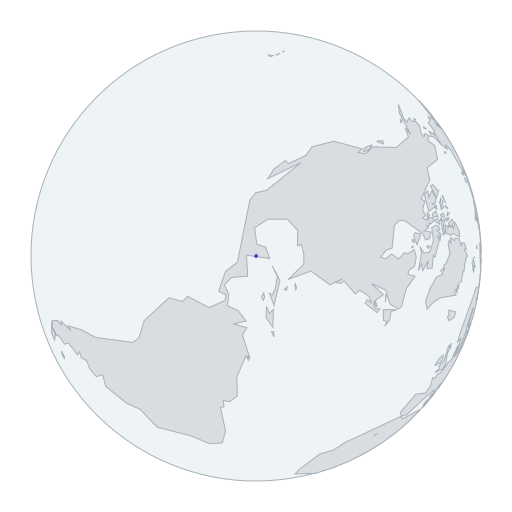 Corozal highlighted on a globe, orthographic projection, rotated 81°
{"feature_id": "BLZ-1325", "entity_name": "Corozal", "entity_type": "District", "adm_level": 1, "iso_a3": "BLZ", "parent_name": "Belize", "parent_adm1": "", "projection": "orthographic", "projection_center": [-88.323, 18.225], "detail": "fine", "context": "on_globe", "style": "filled", "palette": "violet", "viewbox_px": 512, "rotation_deg": 81, "n_neighbors": 0, "source": "natural_earth", "source_scale": "10m", "svg_char_len": 9022}
<svg xmlns="http://www.w3.org/2000/svg" viewBox="0 0 512 512"><g transform="rotate(81 256 256)"><circle cx="256" cy="256" r="225" fill="#eef3f6" stroke="#a8b0b8"/><path d="M295.2,293.7L289.9,291.6L284.9,298.4L266.3,288.4L259.2,275.3L200.0,253.4L193.5,246.3L192.8,235.1L170.7,196.9L181.4,232.2L173.2,225.0L166.3,212.2L169.8,209.4L164.5,191.0L156.9,183.5L154.8,161.0L166.9,134.4L169.7,138.9L172.2,132.6L169.0,126.8L166.2,124.6L170.8,100.3L162.2,86.8L152.7,88.5L160.2,84.1L137.5,92.0L128.5,91.6L142.9,88.7L147.6,85.9L143.6,83.5L147.6,80.3L147.9,77.5L153.0,74.1L161.1,73.5L164.5,71.5L161.5,70.0L164.7,66.2L168.6,68.5L174.6,62.3L189.1,61.6L195.6,73.3L207.8,72.4L225.6,83.9L228.2,80.8L236.5,84.2L242.6,82.2L244.2,85.6L247.7,81.2L245.1,78.6L245.8,75.9L249.2,74.7L251.7,78.5L250.4,79.7L252.9,80.2L252.8,82.8L254.8,80.8L257.5,86.0L259.8,79.3L266.1,82.1L266.6,86.1L260.0,87.7L244.7,103.1L243.1,108.8L247.5,114.6L269.6,120.4L270.5,126.4L276.6,132.9L279.1,128.3L275.2,121.7L281.4,115.5L275.9,108.9L277.6,105.7L274.6,98.7L282.1,97.9L291.0,101.0L293.9,107.0L297.9,108.8L300.9,102.0L311.8,112.8L328.5,120.0L330.6,123.5L324.3,131.2L309.8,133.3L301.6,146.0L314.1,136.2L319.0,146.0L322.8,147.3L326.7,146.2L327.7,142.0L330.8,145.3L319.7,155.6L316.6,152.7L320.2,149.2L313.4,150.7L306.0,158.8L309.0,163.8L294.5,172.9L296.5,176.8L294.5,181.4L292.2,174.4L296.0,187.5L279.4,204.1L284.2,228.0L271.7,210.1L262.5,208.5L251.7,209.4L252.3,213.3L237.2,210.8L224.5,219.4L221.5,238.5L227.9,253.0L244.5,253.3L248.8,245.1L260.6,242.9L253.7,265.2L274.6,267.4L273.4,283.7L279.7,291.7L289.8,288.9L300.4,292.1L307.3,282.1L318.7,275.9L319.7,288.9L325.4,276.3L332.2,281.8L354.6,278.2L353.0,281.4L372.0,293.7L391.2,296.4L395.7,304.7L393.5,311.0L399.9,311.1L400.0,314.8L424.1,313.5L435.3,318.5L434.2,331.2L423.2,348.8L409.8,380.2L389.2,394.5L381.5,406.4L361.3,424.8L349.2,426.1L350.2,432.5L341.5,437.9L332.9,439.5L329.4,444.4L322.9,445.4L325.8,447.8L312.6,454.8L313.1,458.8L302.9,463.8L303.5,465.8L300.5,466.1L296.8,467.2L295.6,468.4L287.9,467.2L288.7,462.1L293.7,459.0L289.9,458.8L300.8,450.4L295.7,452.4L301.7,439.5L311.2,427.6L322.1,391.3L318.4,384.2L302.5,376.7L283.6,348.4L289.5,335.5L285.0,329.8L299.6,310.6L295.2,293.7ZM59.3,212.3L60.7,207.1L61.3,211.0L59.3,212.3ZM60.6,203.6L60.3,205.4L60.4,203.8L60.6,203.6ZM60.0,202.2L60.5,203.2L59.8,202.5L60.0,202.2ZM59.0,200.9L59.6,201.4L59.5,201.5L59.0,200.9ZM283.8,236.2L307.6,245.9L294.9,248.5L297.1,246.1L290.9,241.8L279.6,238.2L268.2,241.5L283.8,236.2ZM58.2,197.4L58.0,196.4L58.8,196.3L58.2,197.4ZM292.7,222.2L288.6,221.6L292.5,221.2L292.7,222.2ZM164.4,124.4L168.5,127.1L170.0,133.9L166.1,131.8L164.4,124.4ZM162.2,112.6L165.2,112.6L162.0,118.6L161.3,116.8L162.2,112.6ZM145.0,90.8L147.6,92.0L143.7,92.0L145.0,90.8ZM147.1,77.8L145.1,78.6L146.1,76.9L147.1,77.8ZM270.6,99.8L272.6,99.3L272.1,100.8L270.6,99.8ZM267.5,97.4L265.6,99.6L263.9,98.8L265.1,97.4L267.5,97.4ZM154.8,70.3L157.1,67.6L156.2,70.1L154.8,70.3ZM270.3,95.0L261.0,97.1L257.9,95.8L259.9,89.8L270.3,95.0ZM159.4,66.0L164.8,60.2L160.8,61.2L175.2,55.5L165.8,62.0L165.3,64.8L162.8,64.3L159.4,66.0ZM242.8,78.3L245.8,81.0L240.2,80.0L242.8,78.3ZM239.1,78.4L221.2,80.2L218.6,76.1L225.1,76.1L219.2,72.1L226.8,69.1L231.7,70.6L231.9,73.8L234.6,70.3L239.1,78.4ZM182.3,53.7L184.8,52.4L183.7,53.6L182.3,53.7ZM245.6,74.8L242.3,75.4L239.7,71.7L246.1,70.0L244.9,71.7L245.6,74.8ZM214.0,72.7L213.2,70.0L219.1,66.7L219.6,65.3L226.7,68.7L214.0,72.7ZM247.1,71.9L249.4,69.3L253.6,70.0L248.8,74.1L247.1,71.9ZM236.4,71.6L235.5,69.9L238.1,70.2L236.4,71.6ZM269.9,71.9L265.9,72.2L264.2,70.2L269.9,71.9ZM249.9,68.3L248.4,68.1L247.3,67.5L249.7,66.1L249.9,68.3ZM230.4,66.3L233.0,65.7L227.8,64.8L232.0,62.6L236.0,65.4L236.0,63.3L237.3,62.7L239.1,65.7L230.4,66.3ZM248.7,62.9L255.2,66.2L263.0,65.9L264.7,67.5L251.8,67.9L248.7,62.9ZM242.9,64.2L246.9,63.7L247.0,65.7L244.3,67.4L242.9,64.2ZM233.5,60.3L226.0,62.8L225.4,62.2L233.5,60.3ZM250.9,62.3L249.3,61.5L251.5,62.0L250.9,62.3ZM238.8,60.3L236.2,61.2L235.6,60.5L238.8,60.3ZM248.2,59.4L250.3,60.4L248.6,61.5L248.2,59.4ZM243.9,59.5L243.7,58.2L246.7,61.2L242.8,60.0L243.9,59.5ZM238.6,59.5L237.4,59.3L239.8,59.2L238.6,59.5ZM253.6,55.2L257.8,58.7L254.0,60.9L250.4,57.1L253.6,55.2ZM299.9,469.9L288.1,467.9L295.1,468.8L302.1,466.3L307.4,468.0L299.9,469.9ZM319.4,463.0L326.2,460.9L327.3,461.3L322.8,462.9L319.4,463.0ZM415.6,97.0L410.1,93.0L414.9,97.5L420.4,101.9L421.1,102.7L421.5,103.1L428.0,110.5L423.5,105.5L415.8,100.1L420.5,108.6L436.3,132.0L437.0,137.4L433.2,138.0L417.6,119.9L417.8,110.0L412.3,104.5L403.8,100.4L404.6,98.1L401.2,95.5L400.4,92.0L391.1,82.7L389.1,79.2L377.5,71.7L374.8,69.3L382.5,74.2L386.7,76.2L380.7,69.3L377.2,66.8L370.1,62.8L369.3,61.9L363.2,58.9L355.9,54.4L359.8,57.8L351.6,54.2L342.8,50.0L340.8,49.7L355.1,56.8L360.1,59.2L363.4,60.2L377.8,68.7L381.6,72.1L369.1,66.3L373.1,70.8L361.7,65.2L330.1,47.8L321.0,43.3L322.8,41.2L329.5,43.4L332.2,45.0L337.0,46.0L333.1,44.6L332.5,44.2L324.5,41.6L323.6,41.2L317.4,39.7L315.5,38.9L319.5,39.9L306.0,36.4L301.6,35.4L317.5,39.3L333.2,44.3L348.4,50.5L363.1,57.8L377.3,66.1L390.8,75.5L403.6,85.8L415.6,97.0ZM297.1,34.5L296.1,34.3L294.2,34.0L297.1,34.5ZM288.3,33.0L286.9,32.9L280.3,32.2L278.3,31.9L280.4,32.1L280.6,32.1L288.3,33.0ZM279.1,31.9L278.8,31.9L275.5,31.7L275.2,31.5L272.7,31.4L268.5,31.1L268.3,31.2L245.5,32.3L235.0,32.6L237.3,31.8L219.2,34.5L208.7,36.1L210.3,36.0L202.7,38.2L205.8,37.6L206.0,37.8L187.9,44.9L182.0,46.9L176.0,51.3L176.8,51.5L180.8,50.1L175.2,55.5L160.8,61.2L159.7,60.4L151.4,65.1L150.1,63.0L145.2,64.0L148.5,59.9L144.3,61.6L141.6,63.3L133.8,67.5L128.0,70.6L130.7,68.8L144.8,60.2L156.8,56.5L153.0,57.0L157.5,54.8L158.3,53.9L155.3,54.8L152.7,56.1L160.0,52.2L176.1,45.4L192.7,39.8L209.6,35.5L226.8,32.6L244.2,31.0L261.7,30.8L279.1,31.9ZM479.8,230.1L479.9,231.4L477.4,251.5L473.6,246.6L461.6,224.1L459.8,210.0L454.1,197.1L437.2,138.5L439.7,136.6L433.4,118.6L433.7,118.3L441.1,128.2L441.8,128.6L451.5,144.0L459.9,160.2L467.0,177.0L472.7,194.3L477.0,212.1L479.8,230.1ZM450.1,163.9L452.3,167.8L450.1,163.9ZM355.2,277.9L358.0,280.0L354.5,280.7L355.2,277.9ZM293.5,254.1L298.3,254.0L301.0,255.8L297.4,256.8L293.5,254.1ZM333.3,250.3L338.7,250.8L333.3,252.6L333.3,250.3ZM311.3,247.1L329.0,250.5L318.5,255.6L307.2,253.6L314.8,251.7L311.3,247.1ZM291.3,230.1L294.4,230.9L293.7,233.4L291.3,230.1ZM295.6,222.0L294.4,222.3L292.7,220.4L295.6,222.0ZM319.6,145.4L320.6,144.7L324.8,144.5L323.3,146.4L319.6,145.4ZM340.6,134.1L345.3,139.9L340.9,136.8L339.7,140.2L329.0,138.6L331.0,125.1L332.0,131.3L340.6,134.1ZM315.3,133.5L321.8,135.5L314.6,133.9L315.3,133.5ZM383.1,86.9L385.6,86.9L389.9,90.4L392.4,96.6L386.2,91.3L383.1,86.9ZM388.0,86.3L375.0,79.8L372.9,76.3L376.3,79.2L376.2,77.6L381.6,82.0L392.4,85.7L396.9,89.2L399.1,97.6L395.9,92.6L393.7,92.6L388.0,86.3ZM345.3,75.1L339.6,73.9L342.4,67.7L347.4,69.7L350.3,75.4L346.0,76.5L345.3,75.1ZM275.6,84.7L273.2,85.8L272.5,84.5L273.9,82.7L275.6,84.7ZM268.2,72.2L285.1,79.3L283.3,80.7L295.5,84.0L295.3,89.2L287.5,86.7L296.5,93.6L289.3,93.5L296.0,97.9L278.5,91.9L272.4,92.6L279.2,89.7L279.5,84.8L277.8,82.9L268.4,78.3L255.5,78.0L253.7,73.7L255.9,70.8L258.7,70.1L259.0,73.0L262.6,70.2L265.1,73.9L268.2,72.2ZM282.3,47.2L281.5,49.3L289.1,47.0L291.7,49.6L292.4,49.2L296.9,51.1L303.6,53.0L303.8,54.3L306.4,54.5L309.4,56.0L312.9,56.9L314.5,59.7L319.0,61.0L317.2,61.6L324.4,63.4L319.8,63.4L323.3,65.8L325.9,64.5L326.1,80.7L329.7,88.5L335.3,95.4L326.6,95.4L315.8,89.4L305.3,81.3L303.0,74.2L299.5,75.9L297.3,73.1L301.0,72.9L294.1,71.6L293.3,69.4L283.9,64.1L274.4,64.3L270.7,62.7L274.1,61.5L268.1,60.8L271.9,57.6L269.4,56.5L270.7,52.7L278.6,51.7L275.2,50.6L276.0,48.0L282.3,47.2ZM254.2,54.1L263.1,51.5L268.9,51.9L264.3,58.5L266.0,60.0L263.3,64.9L254.9,64.4L256.5,63.0L256.1,61.5L258.8,62.2L256.3,60.6L258.3,58.7L256.9,57.0L260.2,56.6L254.2,54.1ZM430.0,113.4L429.5,112.6L427.8,110.3L431.9,115.2L430.0,113.4ZM425.1,109.8L424.0,108.1L428.9,113.2L429.4,114.4L425.1,109.8ZM419.2,103.1L423.6,107.6L421.5,105.9L419.2,103.1ZM381.1,72.7L379.4,71.1L380.9,71.8L383.7,73.8L381.1,72.7ZM305.6,43.4L304.1,44.0L302.6,43.5L296.0,43.6L293.5,42.0L296.6,41.4L305.6,43.4ZM301.8,41.7L299.3,41.8L299.6,41.0L301.8,41.7ZM291.4,41.0L291.0,40.0L292.5,41.9L291.4,41.0ZM277.4,32.8L289.4,34.1L296.4,34.9L297.7,34.8L300.9,35.9L290.1,34.6L277.4,32.8ZM249.6,32.2L248.5,32.9L245.6,32.8L245.4,32.6L249.6,32.2ZM251.3,32.5L256.3,33.2L253.5,33.8L250.1,33.1L251.3,32.5ZM279.5,36.1L283.2,36.5L282.9,37.0L279.5,36.1ZM183.1,52.4L184.6,52.4L182.1,53.2L183.1,52.4ZM207.9,37.5L207.8,38.0L204.8,38.6L207.9,37.5ZM205.6,39.7L209.1,38.7L206.3,39.9L205.6,39.7ZM216.8,36.5L210.9,38.3L215.3,36.5L216.8,36.5Z" fill="#d9dde1" stroke="#a8b0b8" stroke-width="1"/><path d="M255.7,255.0L255.8,255.0L256.0,255.0L255.8,255.4L255.7,255.4L255.8,255.5L256.0,255.4L256.0,255.5L255.9,255.6L256.0,255.6L256.3,255.5L256.5,255.5L256.8,255.4L256.9,255.5L256.7,255.6L256.8,255.6L256.9,256.1L256.9,256.4L256.9,256.5L256.6,257.0L256.1,257.0L255.6,256.5L255.4,256.2L255.2,256.0L254.9,255.9L255.0,255.7L255.2,255.4L255.2,255.1L255.3,255.1L255.5,255.0L255.7,255.0Z" fill="#8b5cf6" stroke="#5b21b6" stroke-width="1.5"/></g></svg>